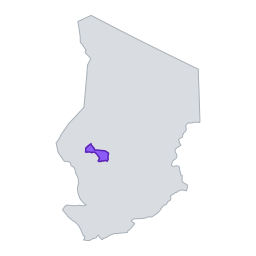 location of Barh-El-Gazel Sud, Barh El Gazel, Chad
{"feature_id": "50815135B11223303174297", "entity_name": "Barh-El-Gazel Sud", "entity_type": "district", "adm_level": 2, "iso_a3": "TCD", "parent_name": "Chad", "parent_adm1": "Barh El Gazel", "projection": "albers", "projection_center": [16.372, 13.697], "detail": "fine", "context": "in_parent", "style": "filled", "palette": "violet", "viewbox_px": 256, "rotation_deg": 0, "n_neighbors": 0, "source": "geoboundaries", "source_scale": "gbopen_adm2", "svg_char_len": 4139}
<svg xmlns="http://www.w3.org/2000/svg" viewBox="0 0 256 256"><path d="M198.2,69.1L198.4,75.4L198.6,81.7L198.9,88.0L199.1,94.3L199.3,100.6L199.5,106.9L199.7,113.2L199.9,119.5L199.9,121.6L199.8,122.4L199.7,122.5L196.2,122.2L194.8,122.2L192.8,122.7L189.9,123.1L188.0,123.0L186.7,124.2L185.7,125.5L186.3,128.6L186.2,129.7L185.8,130.8L185.0,131.7L184.1,132.5L183.6,133.1L183.0,134.6L182.5,135.2L182.6,136.1L182.4,137.1L181.9,137.6L180.6,138.0L179.7,138.4L179.0,139.1L178.5,139.6L178.8,140.3L179.2,141.1L179.4,142.5L179.6,143.4L180.2,144.0L180.7,144.5L180.8,145.1L180.4,145.6L178.8,146.6L178.1,147.0L177.4,147.5L177.1,147.7L175.9,148.7L175.3,149.6L175.0,150.3L175.1,151.3L175.7,152.8L176.4,154.0L176.7,154.9L176.9,156.0L176.9,156.9L176.5,157.8L175.9,158.6L173.6,160.1L172.5,161.7L171.7,163.6L171.5,164.7L171.7,165.4L172.2,166.0L172.9,166.3L173.9,166.3L175.6,166.0L177.1,165.7L178.8,166.4L179.7,168.0L179.4,169.2L180.1,171.3L180.7,173.8L180.7,174.7L180.9,175.0L182.0,175.2L182.2,175.8L182.0,180.3L182.5,181.6L183.2,182.5L184.0,182.9L184.8,183.5L185.2,183.9L186.1,184.0L187.2,184.8L187.5,185.9L187.4,186.9L186.9,189.3L186.5,190.8L185.9,190.7L184.6,190.4L183.2,190.1L181.3,189.9L179.6,190.5L177.8,191.4L177.2,192.0L176.7,192.4L175.9,192.4L175.1,192.5L174.7,193.1L174.1,193.7L171.4,195.1L170.9,195.6L170.5,196.1L170.5,196.6L170.8,197.7L170.9,199.0L170.3,200.1L169.6,200.9L168.8,201.2L168.1,201.3L167.7,201.8L166.4,204.3L165.8,204.8L164.5,204.7L161.0,208.5L160.7,209.6L159.4,211.1L157.8,212.9L156.4,213.7L156.2,214.0L155.9,214.4L155.0,214.8L151.8,216.9L148.1,216.9L146.4,217.7L144.8,218.1L142.4,218.5L141.7,218.5L138.7,218.7L135.1,218.7L133.7,219.0L132.4,219.8L131.5,220.5L131.4,220.8L131.5,221.1L131.5,221.3L134.0,223.0L134.6,223.8L134.0,224.6L133.7,224.7L133.7,224.8L133.3,225.4L131.8,227.4L129.6,229.7L128.5,230.3L128.0,230.7L127.4,232.3L127.1,232.5L125.5,232.7L122.5,232.9L118.3,233.4L115.7,233.6L114.2,233.4L112.0,234.5L111.2,234.8L110.7,234.9L108.5,235.9L106.7,237.4L106.0,237.7L103.5,238.4L102.5,239.5L102.0,239.6L100.4,238.2L99.2,236.9L98.7,235.6L98.6,235.2L98.3,235.2L97.4,235.8L96.6,236.5L96.3,237.7L93.6,238.6L91.4,239.3L90.3,240.2L88.7,240.6L86.7,240.5L85.1,240.1L83.6,239.9L84.3,238.8L84.6,238.0L84.7,236.9L84.6,236.2L83.7,235.9L83.1,235.3L81.8,232.0L80.4,228.7L78.5,225.4L76.4,223.2L74.9,221.9L74.5,221.8L73.7,221.3L73.2,221.0L70.4,218.7L67.6,216.2L66.9,215.0L65.4,213.3L63.9,211.5L63.0,210.7L62.7,209.2L63.8,207.9L65.0,206.3L66.4,205.2L68.3,205.1L71.4,205.6L74.7,205.8L78.0,205.5L78.9,205.2L79.7,205.3L81.5,205.6L84.6,205.6L86.1,204.9L84.4,203.8L82.6,201.9L80.9,199.9L79.8,198.1L78.9,195.8L78.0,193.0L77.5,189.2L77.6,187.1L77.9,185.6L78.8,183.2L78.2,181.8L78.4,180.6L78.3,178.9L78.0,178.0L76.8,175.2L76.6,174.8L75.5,172.9L75.1,169.6L73.9,167.4L72.0,166.3L70.9,165.0L70.6,162.8L69.8,162.2L66.8,161.4L64.3,161.3L62.5,158.8L60.3,155.5L58.1,152.4L56.8,146.3L56.1,142.8L57.0,141.7L58.8,139.3L61.1,134.6L66.2,127.3L68.8,123.5L74.0,118.0L80.4,111.1L84.0,107.2L84.6,100.2L85.2,92.7L85.7,87.1L86.3,80.4L86.8,74.8L87.1,70.7L87.6,65.0L88.1,63.9L90.5,59.4L90.7,58.8L90.3,58.0L86.8,54.2L85.7,53.3L85.1,51.3L86.0,50.2L81.8,43.8L80.8,43.0L80.3,42.2L80.3,41.0L80.2,36.6L79.2,29.7L77.8,21.6L82.6,19.3L86.3,17.6L91.1,15.4L95.4,17.6L101.7,20.9L108.1,24.2L114.4,27.5L120.8,30.8L127.2,34.0L133.6,37.3L140.0,40.5L146.4,43.7L152.8,46.9L159.3,50.1L165.8,53.3L172.2,56.5L178.7,59.7L185.2,62.8L191.7,66.0L198.2,69.1Z" fill="#d9dde1" stroke="#a8b0b8" stroke-width="1"/><path d="M108.5,153.2L107.4,152.3L104.9,150.8L102.2,150.6L100.1,150.4L98.1,150.1L94.5,150.0L94.4,149.8L94.4,149.1L93.8,147.9L93.7,147.9L92.7,146.6L92.1,146.0L91.6,145.3L91.0,144.2L90.9,143.8L89.8,144.6L88.1,145.9L85.8,148.0L85.7,150.1L85.6,152.0L86.2,152.2L87.8,152.1L87.9,151.8L88.7,151.9L89.5,152.0L90.0,152.1L90.3,152.2L90.8,152.3L91.5,152.5L92.0,152.7L92.4,152.2L92.7,152.3L93.0,152.2L93.6,152.2L94.3,152.3L94.9,152.3L97.0,154.4L98.9,157.1L99.6,158.3L98.2,160.9L99.5,161.5L98.6,161.6L101.5,161.3L101.9,161.0L102.7,160.7L103.5,161.0L104.8,160.6L105.2,160.4L105.7,160.6L106.2,160.7L107.1,161.2L108.1,159.6L108.0,156.5L108.5,153.2Z" fill="#8b5cf6" stroke="#5b21b6" stroke-width="1.5"/></svg>